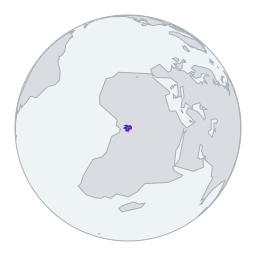 Taraba highlighted on a globe, orthographic projection, rotated 50°
{"feature_id": "NGA-2848", "entity_name": "Taraba", "entity_type": "State", "adm_level": 1, "iso_a3": "NGA", "parent_name": "Nigeria", "parent_adm1": "", "projection": "orthographic", "projection_center": [10.823, 8.016], "detail": "fine", "context": "on_globe", "style": "filled", "palette": "violet", "viewbox_px": 256, "rotation_deg": 50, "n_neighbors": 0, "source": "natural_earth", "source_scale": "10m", "svg_char_len": 8963}
<svg xmlns="http://www.w3.org/2000/svg" viewBox="0 0 256 256"><g transform="rotate(50 128 128)"><circle cx="128" cy="128" r="113" fill="#eef3f6" stroke="#a8b0b8"/><path d="M88.7,22.5L89.0,22.3L86.4,23.3L89.1,22.4L91.4,21.5L93.3,20.9L93.9,20.8L90.7,21.9L90.0,22.1L89.3,22.4L87.5,23.1L88.7,22.7L84.8,24.3L89.5,22.7L87.0,23.9L84.2,25.0L83.5,24.9L75.4,28.4L88.7,22.5ZM68.1,32.6L63.7,36.0L60.7,38.1L57.4,40.9L59.5,39.5L62.9,36.9L66.0,35.4L69.7,32.7L71.5,31.8L75.7,29.4L76.1,29.8L74.3,31.7L70.8,33.8L69.9,34.8L74.1,33.0L68.4,37.8L66.2,42.3L64.6,43.8L59.9,45.5L57.7,44.5L51.7,48.2L56.7,46.0L52.6,50.2L52.4,51.1L53.3,51.2L55.2,49.8L54.1,51.5L48.7,53.9L49.7,52.4L51.4,51.5L50.3,51.3L46.7,53.5L44.9,55.8L41.3,57.8L40.0,59.6L38.4,61.2L40.8,58.2L36.5,63.9L32.0,69.3L26.1,80.2L30.7,71.3L30.7,71.2L35.6,63.6L41.1,56.4L47.1,49.6L53.6,43.4L60.7,37.7L68.1,32.6ZM16.9,109.4L16.7,111.9L17.8,107.7L18.9,106.0L17.7,112.4L19.3,107.0L19.3,110.5L22.3,111.8L21.8,113.2L24.2,122.3L28.7,127.1L29.7,132.3L29.0,135.1L31.0,136.4L31.1,138.4L40.8,143.5L47.3,149.5L48.0,156.2L44.6,163.1L45.9,178.7L40.9,182.4L42.7,188.5L44.0,196.6L40.6,194.8L44.7,199.8L45.4,202.0L44.0,201.5L46.5,204.6L45.6,204.1L48.1,206.6L50.8,209.9L54.8,213.5L57.8,216.1L60.5,218.1L60.3,218.0L54.1,213.0L48.3,207.6L42.8,201.7L37.8,195.5L33.8,189.6L23.3,168.0L21.5,163.3L19.2,157.0L18.1,152.5L16.5,143.8L15.6,134.9L15.4,126.0L15.7,121.1L16.6,112.1L16.7,110.6L16.5,112.2L16.9,109.4ZM24.2,84.3L24.4,83.9L22.7,90.6L22.1,90.5L22.5,89.6L23.3,87.1L24.1,84.4L24.1,84.5L24.2,84.3ZM27.3,78.4L27.5,77.8L27.5,78.0L27.3,78.4ZM75.2,29.3L75.4,29.4L74.5,29.8L75.2,29.3ZM76.8,28.4L75.5,28.9L76.1,28.5L76.8,28.2L76.8,28.4ZM78.1,27.9L77.3,27.8L78.3,27.2L82.0,25.6L78.1,27.9ZM91.8,21.4L89.5,22.2L90.9,21.6L91.8,21.4ZM97.4,19.6L92.3,21.2L97.4,19.6ZM94.2,20.6L97.5,19.6L98.1,19.5L96.8,19.9L94.2,20.6ZM96.4,20.0L98.3,19.6L97.3,20.0L94.4,20.6L96.4,20.0ZM98.0,19.4L99.6,19.0L98.9,19.2L98.0,19.4ZM94.8,21.7L94.7,21.4L96.4,20.8L94.8,21.7ZM99.1,19.4L99.4,19.3L100.1,19.1L101.1,18.9L99.1,19.4ZM106.4,17.4L103.5,18.1L105.4,17.7L105.8,17.6L102.7,18.3L103.3,18.1L106.4,17.4ZM104.1,18.2L100.4,19.3L100.2,19.8L98.7,20.3L99.3,19.4L104.1,18.2ZM103.6,18.1L101.7,18.7L100.5,18.9L103.6,18.1ZM108.7,17.0L108.8,17.0L108.5,17.1L108.7,17.0ZM104.4,18.2L105.3,18.0L104.7,18.2L104.4,18.2ZM107.9,17.2L107.4,17.3L108.2,17.1L107.9,17.2ZM107.5,17.5L106.3,17.8L105.5,17.9L107.5,17.5ZM108.0,17.3L109.3,17.1L105.9,17.8L107.6,17.4L108.0,17.3ZM108.7,17.1L109.1,17.0L108.8,17.1L108.7,17.1ZM111.3,17.2L107.3,18.1L105.5,18.2L109.6,17.3L111.3,17.2ZM60.9,218.5L64.9,221.2L65.4,221.6L60.9,218.5ZM61.8,218.7L61.8,218.3L62.8,218.9L63.0,219.4L61.8,218.7ZM238.2,104.8L237.6,102.3L239.1,110.5L239.9,114.7L240.5,121.8L239.9,115.6L239.5,113.5L238.3,106.4L235.5,96.5L235.5,98.9L234.3,94.8L230.5,87.2L229.8,90.6L229.5,102.7L231.5,113.5L230.5,118.7L224.2,104.2L220.5,94.3L218.8,95.7L211.9,88.1L201.7,89.3L199.7,86.9L197.9,88.4L192.9,86.4L189.7,82.5L186.9,83.1L195.5,93.4L198.4,92.9L200.0,88.3L201.9,92.1L206.6,95.2L203.3,105.7L187.3,116.5L184.9,108.6L168.1,88.2L168.1,85.8L168.0,85.6L167.8,85.1L167.1,89.0L164.0,85.1L173.9,99.3L175.9,105.7L187.1,117.0L186.3,118.4L189.6,120.6L199.2,116.5L199.5,119.2L195.5,132.3L181.4,150.9L182.8,162.2L180.9,172.1L171.0,179.3L170.9,186.6L165.6,189.6L164.6,193.7L159.8,198.4L152.1,202.9L140.3,203.5L140.3,199.8L135.7,192.7L129.5,175.0L133.4,166.6L132.7,160.1L124.0,145.9L126.0,137.7L123.5,134.4L118.4,135.3L115.3,131.3L112.2,131.3L91.8,134.4L85.1,129.1L76.1,113.0L79.4,106.6L79.3,99.3L101.7,75.0L107.3,76.3L125.9,72.8L128.4,73.6L127.2,79.0L142.0,85.2L145.6,80.5L158.0,83.6L165.7,83.0L166.7,72.8L154.1,73.5L151.0,68.8L160.3,64.1L171.1,64.1L170.2,62.4L162.6,58.7L164.2,55.5L159.8,57.3L162.2,59.0L159.5,60.3L157.2,58.9L157.9,57.7L154.4,57.1L152.0,63.6L154.2,66.0L145.6,67.7L148.4,72.0L146.3,74.2L140.8,67.8L140.7,65.4L131.2,59.1L130.5,61.7L139.5,67.9L137.0,67.5L136.2,71.7L134.9,68.2L125.3,61.2L116.9,63.2L107.7,73.7L102.6,74.7L97.6,72.9L99.5,62.7L110.9,61.5L111.7,58.4L108.2,54.2L112.0,54.4L111.9,52.7L116.1,52.3L120.8,48.2L124.8,47.6L125.6,42.9L127.7,42.1L126.7,45.0L128.1,47.0L138.1,46.3L139.7,45.2L139.3,42.3L142.1,42.7L140.5,40.1L145.7,38.8L138.0,38.3L137.4,35.4L139.9,33.2L138.4,32.3L134.3,36.0L133.9,37.6L135.8,39.1L133.5,44.1L130.4,45.2L127.5,39.9L122.7,41.0L122.6,36.9L133.7,28.7L138.8,27.3L149.7,30.2L149.2,31.8L145.0,31.4L149.9,34.1L149.0,32.7L151.3,33.2L151.3,31.1L153.0,31.4L150.2,29.0L152.2,29.1L153.9,30.6L155.7,28.1L159.5,28.2L159.1,27.5L157.6,26.8L163.5,27.6L163.0,27.1L160.8,26.6L158.3,25.4L156.2,23.7L158.4,24.0L159.4,24.7L164.9,26.9L167.4,29.0L168.0,29.0L166.4,27.3L159.7,24.6L157.8,23.5L161.1,24.5L159.8,24.1L159.5,23.6L161.3,23.7L157.7,22.5L152.0,18.8L154.8,19.0L158.4,20.0L156.6,19.1L157.4,19.3L165.3,21.7L173.0,24.7L180.4,28.3L187.6,32.4L194.4,37.0L200.9,42.1L207.0,47.7L212.7,53.7L217.9,60.1L222.6,66.9L226.8,74.0L230.5,81.4L233.7,89.0L236.2,96.8L238.2,104.8ZM95.1,87.2L94.7,89.3L95.1,87.2ZM183.4,69.7L189.3,69.7L185.1,63.8L187.0,63.4L184.9,61.7L184.8,63.4L179.3,58.8L181.3,57.0L179.8,54.6L177.7,54.5L175.0,58.7L182.8,65.2L182.1,67.7L183.4,69.7ZM22.5,111.8L22.7,113.3L22.1,113.0L22.5,111.8ZM21.2,92.9L21.2,93.4L20.9,94.5L21.2,92.9ZM23.6,95.7L24.0,96.6L23.2,96.7L23.6,95.7ZM22.7,91.5L23.2,95.2L21.6,96.3L21.4,94.1L22.0,94.1L22.7,91.5ZM25.6,81.8L25.4,82.4L24.9,83.5L25.6,81.8ZM27.3,78.6L27.7,77.6L27.3,78.6ZM53.0,50.0L53.4,49.9L53.8,50.4L52.9,50.9L53.0,50.0ZM60.6,48.9L58.6,51.6L59.3,49.9L57.5,50.9L56.9,48.8L63.8,44.4L60.8,46.7L60.6,48.9ZM58.0,45.2L57.6,46.8L57.8,45.3L58.0,45.2ZM107.7,45.0L109.5,45.9L108.4,47.8L103.3,49.4L104.7,46.6L107.7,45.0ZM112.2,46.8L110.9,41.6L114.0,40.7L112.5,42.0L114.7,41.9L112.8,44.1L117.2,48.6L116.5,50.7L107.4,52.0L110.7,50.3L108.8,49.4L112.2,46.8ZM101.8,33.1L101.2,31.7L108.7,31.4L108.4,32.8L103.3,34.3L100.6,33.5L101.8,33.1ZM84.9,25.4L84.2,25.5L85.1,25.1L86.4,24.7L84.9,25.4ZM94.6,21.6L88.9,24.9L87.8,25.1L85.7,27.3L82.1,28.7L83.5,27.1L79.2,30.0L79.0,29.2L76.4,31.2L80.0,27.7L79.6,27.3L81.4,27.1L84.8,25.8L86.2,25.1L89.8,23.1L90.8,22.0L94.3,20.9L96.5,20.3L96.8,20.4L94.4,21.1L96.5,20.7L93.3,21.7L94.6,21.6ZM120.5,19.1L117.6,19.1L121.3,19.9L118.1,20.4L118.8,20.5L116.8,21.2L115.6,22.4L114.0,22.5L114.2,23.0L112.9,23.6L112.7,24.3L109.7,24.9L109.2,25.8L108.1,25.6L107.9,27.1L106.7,26.3L105.0,27.3L107.1,27.6L91.8,30.7L86.4,33.2L82.5,35.9L80.9,34.5L83.6,31.3L88.5,27.8L94.0,25.8L92.3,25.7L94.4,24.8L94.9,25.2L95.4,24.1L97.3,23.5L101.6,21.4L101.3,20.4L102.9,19.8L104.0,19.9L104.8,19.2L107.8,19.0L109.0,18.6L113.2,18.2L114.6,18.9L115.8,18.5L119.0,18.4L120.5,19.1ZM112.5,17.1L114.8,17.4L114.2,18.0L107.1,18.5L105.6,18.9L101.1,19.6L102.1,18.9L103.3,18.7L104.7,18.4L103.8,18.7L105.6,18.3L107.3,18.1L109.1,17.7L109.4,17.9L112.5,17.1ZM130.7,71.5L132.5,71.6L135.2,71.3L134.7,74.0L130.7,71.5ZM124.0,66.7L125.6,66.3L126.2,69.7L124.4,69.7L124.0,66.7ZM125.9,63.4L125.6,66.0L124.7,64.6L125.9,63.4ZM128.1,44.6L129.7,44.2L130.1,44.8L129.4,45.9L128.1,44.6ZM130.8,23.0L129.3,22.6L129.6,22.3L127.9,21.1L130.1,20.8L132.0,21.5L130.8,23.0ZM164.9,74.6L163.0,76.7L161.7,75.8L162.6,75.3L164.9,74.6ZM148.4,75.3L152.4,76.4L148.2,76.1L148.4,75.3ZM133.0,22.5L132.0,21.9L133.7,22.2L133.0,22.5ZM131.6,20.6L133.6,20.7L130.2,20.7L131.6,20.6ZM191.2,217.2L190.7,218.2L189.6,218.5L191.2,217.2ZM197.4,169.0L188.4,186.5L183.9,187.0L184.0,182.2L187.9,171.7L193.4,168.3L196.4,163.3L197.4,169.0ZM240.6,131.4L239.6,118.9L240.0,118.7L240.5,123.5L240.6,131.4ZM231.8,114.4L233.7,120.5L233.0,121.9L231.8,114.4ZM150.6,21.7L150.5,23.5L152.0,25.1L155.1,26.3L150.6,25.6L148.4,23.1L150.6,21.7ZM151.6,19.0L148.8,18.3L150.0,18.4L150.8,18.5L151.6,19.0ZM149.9,18.8L146.6,18.5L145.1,18.0L148.0,18.3L149.9,18.8ZM139.9,19.9L139.7,20.3L138.3,20.1L139.9,19.9Z" fill="#d9dde1" stroke="#a8b0b8" stroke-width="1"/><path d="M130.1,129.1L129.9,129.4L129.8,129.5L130.0,129.7L130.1,129.8L129.9,129.8L129.8,130.0L129.7,130.0L129.4,130.2L129.4,130.3L129.5,130.4L129.5,130.5L129.4,130.6L129.3,130.8L129.2,130.8L129.1,131.0L128.9,131.1L128.7,131.1L128.5,130.8L128.5,130.7L128.4,130.5L128.2,130.4L128.0,130.2L127.8,130.0L127.7,129.9L127.5,129.7L127.5,129.8L127.4,130.1L126.9,130.3L126.8,130.2L126.7,130.2L126.1,130.4L125.9,130.4L125.8,130.9L125.7,130.9L125.7,130.7L125.8,130.4L125.8,129.9L126.0,129.7L126.2,129.4L126.2,129.1L126.2,128.9L126.0,128.7L125.8,128.5L125.6,128.3L125.3,128.3L125.0,128.3L124.9,128.3L124.7,128.4L124.8,128.2L125.1,127.9L125.1,127.7L125.1,127.4L125.3,127.4L125.4,127.5L125.5,127.5L125.6,127.4L125.8,127.3L126.0,127.3L126.2,127.2L126.3,127.1L126.5,126.9L126.7,126.7L126.8,126.7L127.3,126.5L127.6,126.3L127.7,126.2L127.7,125.9L127.6,125.7L127.5,125.4L127.5,125.2L127.8,125.0L128.1,124.9L128.3,124.9L128.5,124.9L129.4,124.9L129.5,125.2L129.6,125.3L129.8,125.4L129.9,125.6L130.0,125.7L129.9,125.7L129.9,125.8L130.0,125.9L130.1,126.0L130.0,126.6L130.0,126.8L129.9,127.0L129.4,127.6L129.1,127.9L129.2,128.1L129.3,128.3L129.5,128.3L129.5,128.2L129.9,128.4L130.0,128.6L130.0,128.8L130.1,129.0L130.1,129.1Z" fill="#8b5cf6" stroke="#5b21b6" stroke-width="1.5"/></g></svg>